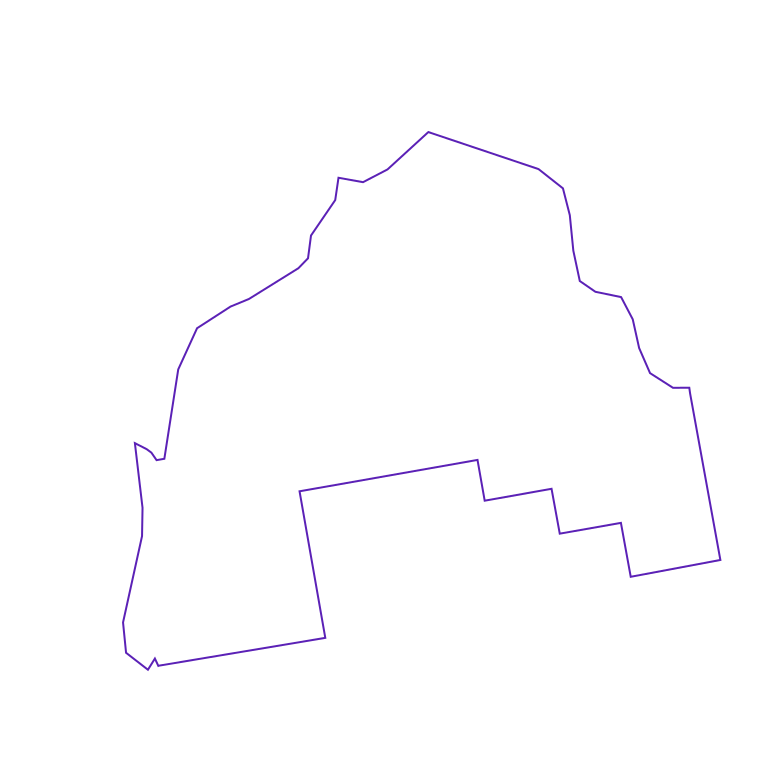 outline of Madinat ach Shamal, rotated 350°
{"feature_id": "QAT-1106", "entity_name": "Madinat ach Shamal", "entity_type": "Municipality", "adm_level": 1, "iso_a3": "QAT", "parent_name": "Qatar", "parent_adm1": "", "projection": "orthographic", "projection_center": [51.179, 25.992], "detail": "fine", "context": "isolated", "style": "outline", "palette": "violet", "viewbox_px": 768, "rotation_deg": 350, "n_neighbors": 0, "source": "natural_earth", "source_scale": "10m", "svg_char_len": 740}
<svg xmlns="http://www.w3.org/2000/svg" viewBox="0 0 768 768"><g transform="rotate(350 384 384)"><path d="M112.8,622.4L110.7,614.6L101.9,624.4L83.3,603.9L85.6,573.5L119.3,491.8L124.7,464.0L128.4,399.0L139.0,407.0L143.0,411.2L146.8,419.5L154.7,419.5L183.9,333.9L209.6,296.6L246.3,281.1L265.8,276.8L319.8,255.1L331.0,247.0L337.9,225.1L367.9,194.4L375.0,173.0L398.4,181.6L424.7,173.3L471.4,143.6L573.5,199.2L594.2,222.4L596.3,250.0L593.6,285.6L594.7,316.6L608.2,329.9L632.6,339.6L640.2,363.5L641.5,392.9L647.9,419.5L667.9,437.9L684.0,440.7L683.8,446.4L684.7,615.7L593.5,616.7L593.2,561.9L531.1,561.9L530.8,516.3L462.9,516.4L462.9,475.0L282.2,475.0L282.1,623.8L113.1,622.3L112.8,622.4Z" fill="none" stroke="#5b21b6" stroke-width="2"/></g></svg>